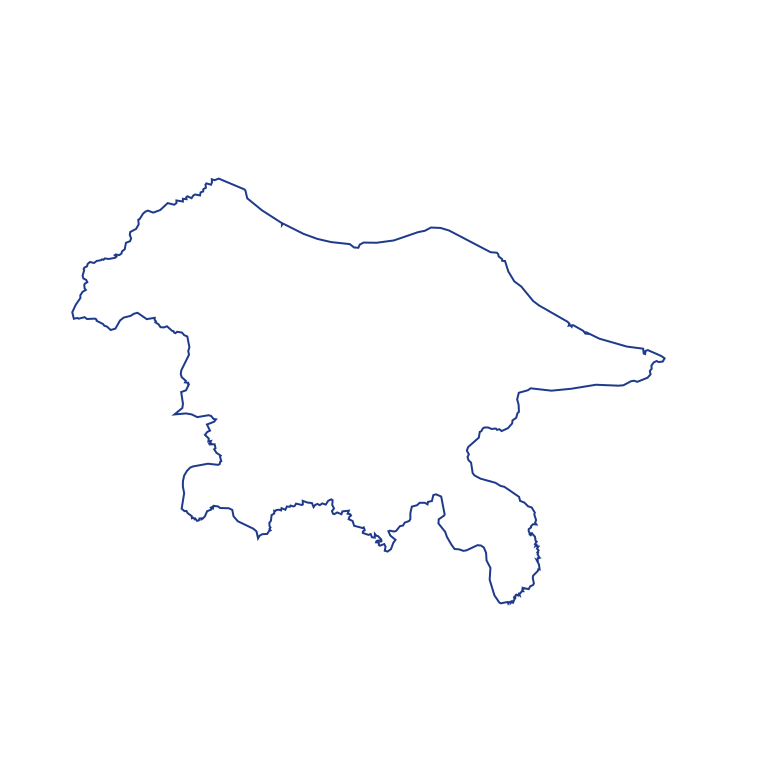 the district of Malaka, Nusa Tenggara Timur, Indonesia, rotated 252°
{"feature_id": "22746128B56140662064287", "entity_name": "Malaka", "entity_type": "district", "adm_level": 2, "iso_a3": "IDN", "parent_name": "Indonesia", "parent_adm1": "Nusa Tenggara Timur", "projection": "orthographic", "projection_center": [124.848, -9.546], "detail": "fine", "context": "isolated", "style": "outline", "palette": "blue", "viewbox_px": 768, "rotation_deg": 252, "n_neighbors": 0, "source": "geoboundaries", "source_scale": "gbopen_adm2", "svg_char_len": 6166}
<svg xmlns="http://www.w3.org/2000/svg" viewBox="0 0 768 768"><g transform="rotate(252 384 384)"><path d="M327.9,153.0L324.7,155.0L324.3,156.9L321.9,157.3L317.8,160.3L315.7,159.8L315.7,161.4L314.0,162.1L314.4,162.9L311.6,163.9L311.5,165.8L313.1,166.9L312.6,169.0L311.7,168.7L311.9,169.6L313.4,172.7L317.7,176.5L317.9,180.5L318.4,181.4L319.9,181.0L320.2,182.8L319.0,183.2L320.8,184.3L318.7,188.5L316.7,189.8L313.8,198.0L311.1,200.8L304.7,200.0L298.7,202.5L286.8,215.0L283.2,217.2L276.1,216.5L278.1,218.7L278.8,221.7L277.5,226.6L279.9,229.5L279.9,230.8L281.4,230.2L282.6,231.7L284.1,231.2L287.3,232.0L288.9,234.2L294.1,236.6L294.7,239.5L297.3,240.4L296.6,241.1L297.4,242.6L296.9,245.3L295.6,247.0L297.6,248.2L294.9,251.3L297.5,253.8L296.3,256.5L297.3,257.5L295.6,259.9L295.7,261.5L297.4,263.4L294.2,268.7L294.6,269.6L298.0,270.6L295.0,274.4L293.0,278.7L288.7,279.0L290.3,281.2L290.5,283.6L288.6,285.5L289.5,288.4L287.3,291.3L290.2,294.9L290.6,298.2L289.3,299.2L284.9,297.4L281.1,298.0L279.2,295.2L276.2,295.5L275.6,296.5L276.3,299.8L273.3,303.3L275.7,305.1L274.4,311.4L271.9,309.3L270.5,311.7L269.1,312.0L268.5,310.2L266.4,308.6L263.4,311.8L258.4,311.8L253.6,319.2L253.9,320.4L250.9,320.5L250.3,318.4L248.9,317.8L245.3,322.6L245.4,324.9L242.0,325.2L240.7,327.7L244.3,329.0L242.0,329.9L241.2,331.3L237.1,333.3L235.4,333.1L235.1,332.4L236.4,331.8L237.0,329.7L236.9,328.3L235.9,327.5L234.7,330.1L232.4,329.4L231.5,330.1L231.7,334.8L228.8,335.2L225.2,333.2L223.5,335.7L224.8,339.6L230.1,343.8L232.2,346.8L237.9,343.2L242.6,342.7L242.7,344.3L240.6,347.9L240.5,350.0L243.9,355.3L243.5,358.3L245.7,360.8L246.0,365.8L247.4,367.3L253.3,369.3L258.8,372.6L258.5,377.9L260.0,381.2L258.4,386.1L256.1,388.2L258.3,389.4L257.9,393.4L263.1,396.6L263.0,399.4L259.3,403.6L241.3,401.4L240.3,400.5L238.4,394.2L234.5,392.7L224.5,396.5L219.1,396.6L210.3,398.5L205.3,400.1L203.5,404.4L200.8,407.9L200.3,411.0L201.8,423.1L200.5,426.2L197.7,428.4L191.9,428.9L184.5,427.0L176.2,428.4L165.2,424.0L148.9,423.7L140.6,426.1L139.3,427.3L138.5,434.2L136.9,434.3L137.7,435.2L137.9,438.0L136.7,437.2L137.1,438.2L136.1,439.1L139.2,441.8L140.7,441.6L141.2,442.1L140.3,442.9L142.5,443.9L142.8,444.9L140.7,446.7L142.0,446.3L142.2,447.1L141.2,447.7L143.0,447.8L142.8,448.9L144.3,451.0L143.9,452.3L145.4,451.9L146.4,452.4L146.1,453.6L147.0,453.4L144.2,458.2L146.4,460.6L146.8,463.7L148.0,464.9L153.8,465.6L155.7,466.7L158.6,472.4L160.1,473.5L159.5,474.7L164.4,475.6L169.3,474.8L168.3,475.6L170.6,476.2L170.6,478.0L171.3,477.3L171.9,478.0L174.5,477.4L175.8,478.4L176.4,477.8L178.0,479.6L180.1,478.6L181.8,480.7L182.6,479.1L183.4,479.3L183.1,478.0L184.2,478.9L185.0,478.1L186.9,480.5L188.0,479.7L192.0,480.4L195.9,478.7L194.8,476.8L195.8,476.1L196.7,477.5L197.0,476.3L199.8,476.2L201.3,476.9L202.1,479.4L203.3,479.9L204.6,482.4L203.3,485.5L205.4,484.9L207.6,486.6L213.4,486.6L215.1,487.7L220.9,486.3L223.2,483.2L227.8,480.9L230.8,477.3L234.9,477.6L249.0,466.7L251.1,463.3L255.5,459.6L264.1,446.6L269.1,441.8L271.8,440.8L282.3,442.5L285.5,440.8L288.8,440.9L290.9,443.0L295.0,442.2L298.0,444.5L303.7,457.6L308.9,460.3L309.0,461.9L311.3,464.4L311.6,466.2L310.5,469.6L308.0,472.4L307.1,476.6L305.5,477.3L305.3,479.8L302.9,481.3L303.7,488.3L306.9,493.7L309.7,495.0L311.0,499.3L315.0,501.9L315.8,503.7L322.6,505.6L328.3,505.9L334.0,509.5L333.6,518.9L334.6,522.1L325.9,541.2L321.6,560.7L317.8,585.3L309.9,606.6L308.8,611.4L310.3,619.8L309.9,622.7L307.8,625.6L308.5,636.5L310.8,640.5L314.1,640.8L315.8,643.3L318.8,644.0L321.2,647.2L321.6,650.4L320.0,652.0L319.2,656.0L321.7,658.8L325.0,656.3L334.7,645.4L334.7,643.0L331.8,641.6L332.7,640.4L337.5,641.4L344.5,626.6L360.5,602.9L370.8,592.2L370.9,591.4L369.2,592.3L369.8,591.0L372.9,590.0L381.4,582.2L381.7,580.9L380.5,580.2L382.3,579.3L382.4,577.7L384.2,579.0L386.7,577.6L410.7,555.8L416.8,551.5L434.2,544.7L441.4,539.6L452.7,537.0L463.6,537.1L464.6,534.5L466.3,534.9L469.8,532.5L472.3,532.7L474.0,531.9L476.4,526.1L509.8,493.4L514.9,486.1L518.3,477.0L517.1,470.2L517.9,463.3L517.5,437.7L520.6,420.7L524.8,408.3L524.1,404.1L521.5,401.7L523.1,397.7L527.6,394.7L535.3,377.6L542.7,365.3L551.7,353.8L567.8,337.5L566.8,336.1L568.4,336.7L586.9,321.6L602.9,311.3L610.8,312.0L612.3,311.3L630.4,290.3L630.2,285.8L631.9,283.5L628.9,282.7L627.0,281.1L629.7,277.0L628.7,275.8L625.7,275.3L625.1,272.4L623.0,271.5L622.9,268.8L620.2,267.3L622.6,262.9L622.3,261.1L620.2,258.4L623.3,255.0L622.6,253.5L620.8,253.3L622.3,250.0L619.7,249.1L622.7,243.3L620.2,242.5L619.3,239.9L622.9,234.2L618.6,224.9L618.3,217.5L621.9,213.0L621.7,210.5L620.5,207.5L616.4,202.6L616.2,201.1L611.6,200.0L608.1,196.1L607.0,189.7L604.4,188.3L600.6,188.5L598.3,186.6L598.0,182.2L592.2,179.0L591.1,175.8L589.2,174.6L588.4,172.1L590.1,168.8L589.7,167.7L587.8,168.9L587.1,167.1L588.0,160.8L589.7,157.2L588.8,155.6L589.7,154.3L589.2,153.1L589.8,148.8L588.7,145.6L590.9,142.0L589.7,139.2L587.7,137.9L587.3,135.1L586.0,133.8L584.9,134.0L580.1,130.8L577.3,130.7L575.1,132.9L572.5,133.3L571.9,130.6L570.8,129.5L567.4,128.8L565.6,129.5L564.8,125.8L562.2,122.6L559.6,121.8L554.6,115.3L548.6,109.7L541.9,109.2L541.6,112.6L540.5,113.8L540.1,119.9L537.6,121.6L535.5,129.3L534.4,130.4L532.9,130.2L527.8,135.4L525.8,136.0L524.3,138.2L519.8,140.8L519.7,145.7L526.0,152.6L527.6,157.0L527.1,164.1L528.1,167.7L527.9,171.6L519.0,178.4L517.8,186.4L515.9,185.7L514.0,186.5L513.3,185.6L510.5,188.0L507.1,189.0L505.8,192.2L506.0,195.4L500.0,198.9L499.3,200.1L497.7,200.3L496.8,201.4L497.6,203.3L495.4,207.7L492.3,209.0L490.0,211.6L479.1,210.3L475.8,208.0L472.1,207.6L459.7,195.5L456.4,193.8L453.1,193.7L448.2,196.5L447.0,195.3L445.7,198.1L444.7,197.6L444.0,198.3L439.2,193.8L439.0,188.6L427.3,186.7L423.5,184.8L419.8,175.3L417.2,186.6L414.5,191.7L410.2,196.2L408.5,207.6L407.0,209.7L403.4,211.1L402.3,213.3L400.6,210.8L400.2,203.1L393.4,204.1L393.0,201.1L391.0,198.0L386.2,200.5L383.6,199.2L383.3,201.8L382.0,200.6L380.6,201.5L381.1,199.4L380.4,199.5L379.0,204.3L375.0,203.9L374.4,202.3L370.3,203.4L366.3,206.6L365.6,205.6L360.9,205.4L360.8,204.3L358.6,203.0L358.4,201.2L362.6,191.9L364.6,176.9L364.4,173.9L362.3,169.8L358.6,165.6L353.6,162.7L348.6,161.0L341.9,160.2L327.9,153.0Z" fill="none" stroke="#1e3a8a" stroke-width="2"/></g></svg>